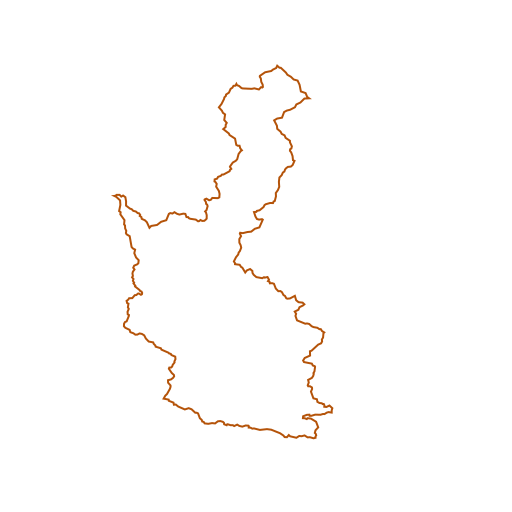 the district of Bolognesi, Áncash, Peru, rotated 124°
{"feature_id": "86281439B24717538266370", "entity_name": "Bolognesi", "entity_type": "district", "adm_level": 2, "iso_a3": "PER", "parent_name": "Peru", "parent_adm1": "Áncash", "projection": "albers", "projection_center": [-77.196, -10.093], "detail": "fine", "context": "isolated", "style": "outline", "palette": "amber", "viewbox_px": 512, "rotation_deg": 124, "n_neighbors": 0, "source": "geoboundaries", "source_scale": "gbopen_adm2", "svg_char_len": 6148}
<svg xmlns="http://www.w3.org/2000/svg" viewBox="0 0 512 512"><g transform="rotate(124 256 256)"><path d="M124.3,368.5L126.3,368.3L127.5,369.8L129.7,369.7L131.6,370.5L135.7,369.8L138.9,371.1L140.2,370.5L142.2,370.9L143.7,370.3L149.3,369.6L153.5,369.9L154.6,365.5L155.8,363.5L155.9,360.8L161.0,358.4L162.0,354.7L164.2,354.5L166.0,353.3L169.1,354.1L169.6,347.0L170.5,345.6L170.4,339.0L174.9,334.5L174.8,332.8L173.8,331.3L175.6,329.2L176.3,326.8L177.4,327.3L181.1,327.5L186.3,325.7L188.4,326.0L191.5,327.5L195.9,327.6L196.6,327.5L197.6,325.2L199.2,325.7L200.5,325.3L206.6,328.5L207.6,329.8L209.3,330.0L211.6,331.7L213.6,331.5L215.6,333.1L217.4,332.1L217.3,331.1L218.2,328.9L220.8,327.8L222.8,323.2L224.9,320.9L227.9,319.2L229.4,320.0L232.3,324.7L234.7,324.9L236.0,326.0L236.2,329.2L237.8,330.2L238.3,330.1L239.2,327.8L240.7,326.5L240.7,325.3L241.7,324.0L245.6,322.7L247.5,323.1L247.9,321.8L249.7,319.7L252.6,317.8L253.9,318.0L255.7,318.5L257.0,320.2L257.2,322.2L258.8,322.6L259.6,323.4L259.5,326.3L261.9,331.3L262.2,332.8L261.7,333.9L262.6,335.4L260.6,338.1L261.5,339.9L264.5,342.7L265.2,345.2L265.3,348.1L267.5,349.0L268.4,351.1L269.8,351.8L276.5,350.4L280.7,353.8L285.6,355.4L289.7,359.7L292.2,360.1L289.0,365.4L288.5,368.1L289.1,371.5L287.8,372.8L287.8,374.8L286.7,375.0L286.0,376.8L286.6,378.1L286.3,380.5L287.2,383.0L286.7,385.3L287.2,386.9L286.9,391.9L283.3,394.3L280.3,397.2L280.2,400.0L282.1,400.9L281.6,403.3L283.3,405.8L284.6,406.1L285.4,407.0L285.1,404.9L285.9,399.8L289.5,397.0L295.3,394.6L295.4,392.7L297.3,391.8L299.8,385.1L303.6,383.0L303.9,381.7L306.3,379.9L307.7,377.6L309.7,376.7L310.4,375.4L310.2,371.8L318.1,364.2L318.6,362.2L318.3,359.8L321.7,358.5L324.3,354.6L325.1,350.9L327.8,349.5L329.3,349.8L332.1,351.6L334.4,351.2L335.1,349.2L337.8,349.3L339.5,348.7L341.4,346.9L343.0,346.8L343.6,344.7L345.4,344.2L346.3,342.1L347.2,342.2L348.2,339.3L348.9,339.2L349.3,333.6L349.8,332.5L349.5,331.0L350.3,329.7L351.5,329.2L352.5,329.7L352.6,332.2L353.1,332.8L355.3,333.4L356.3,334.6L360.1,335.0L362.0,337.6L363.5,337.5L365.6,338.2L367.1,336.4L366.8,335.1L370.2,333.5L371.0,331.9L374.1,331.3L376.1,329.7L376.0,328.3L376.8,327.9L382.5,326.7L384.1,327.7L386.0,327.5L388.1,326.2L388.6,324.2L387.9,319.5L389.4,317.6L388.6,314.4L388.7,312.1L387.6,310.5L385.3,309.2L384.4,307.0L384.3,304.3L386.0,301.2L386.9,297.1L385.1,292.9L386.0,291.7L386.5,289.3L387.3,288.5L385.7,283.3L386.5,282.0L385.1,274.4L385.4,273.6L384.8,271.9L385.4,270.7L384.6,266.7L386.5,265.1L389.0,264.7L389.8,264.0L392.8,264.2L394.5,263.7L395.9,264.0L397.0,265.5L398.2,265.2L400.1,260.4L400.5,257.6L401.5,256.6L403.3,256.6L405.8,257.4L408.2,259.5L410.2,258.0L411.1,254.5L412.2,253.7L414.2,253.1L420.2,252.6L422.5,253.1L425.9,252.8L423.9,248.1L424.8,247.3L423.7,242.4L425.2,240.9L424.0,239.5L424.3,236.3L423.0,229.2L419.8,226.7L419.1,223.7L419.9,218.7L419.1,217.5L418.9,216.0L421.9,211.8L422.2,209.4L423.3,208.0L422.8,206.6L423.5,205.0L421.8,201.7L419.1,199.0L417.7,196.3L414.4,195.2L412.8,193.3L412.0,190.7L412.2,189.3L413.3,188.3L412.7,185.7L411.7,185.8L411.3,185.4L410.5,182.5L409.2,180.6L409.2,179.0L406.3,177.3L406.2,174.8L405.1,171.9L402.3,169.8L400.9,167.4L401.1,166.8L402.3,166.1L401.4,164.6L401.2,162.5L400.1,161.3L398.0,155.5L393.4,150.1L391.5,146.3L389.5,137.0L389.5,132.9L390.1,131.0L388.9,129.0L386.1,128.7L386.4,126.9L384.1,120.9L381.0,119.5L379.9,117.4L377.6,115.4L377.5,111.8L376.1,110.0L374.9,106.3L373.4,105.0L372.5,105.7L371.0,105.8L370.0,107.1L369.8,108.3L367.2,109.2L363.3,108.6L359.8,113.5L360.1,119.6L361.6,122.5L362.8,122.7L363.3,125.0L364.2,126.4L362.5,127.3L359.2,125.0L357.7,123.0L358.5,122.2L357.6,120.8L354.4,118.2L351.6,113.8L349.6,112.2L348.7,110.8L346.2,109.7L344.8,108.5L343.5,105.7L341.7,106.9L339.5,107.6L338.9,111.5L341.8,113.2L342.8,115.1L341.6,115.7L340.8,117.1L341.5,117.9L341.3,119.1L342.4,121.2L342.5,122.8L342.6,123.5L340.7,125.4L341.9,128.8L337.7,134.6L334.9,135.1L333.7,136.1L333.8,138.4L334.8,139.9L334.3,140.8L331.4,141.5L329.6,143.5L325.8,141.5L323.5,141.5L321.4,142.2L321.0,142.9L319.0,143.0L314.8,145.1L314.5,145.7L315.0,147.7L314.0,149.5L317.1,156.9L316.3,158.5L313.3,158.6L308.3,155.5L304.8,158.0L303.5,157.0L294.7,154.9L292.0,153.2L289.9,153.4L288.4,154.7L286.1,154.8L282.3,156.9L281.2,156.7L281.3,159.3L280.4,161.4L281.2,162.5L281.2,165.0L282.8,168.6L283.1,170.6L282.6,173.9L283.4,176.0L284.6,177.3L286.4,186.0L283.6,189.8L281.5,190.4L280.4,192.8L276.9,190.8L274.1,191.3L270.8,189.4L269.0,188.9L268.6,191.3L270.5,194.9L270.2,198.0L267.3,201.5L272.2,204.1L273.9,206.2L274.1,207.3L272.9,209.6L273.0,211.4L271.5,214.2L271.4,216.1L272.7,217.8L271.9,221.4L269.0,225.6L269.5,227.4L270.9,229.2L269.8,230.4L270.1,232.0L268.4,232.0L267.0,234.7L269.1,236.7L269.1,237.5L270.9,238.4L273.3,243.9L272.9,247.4L272.0,249.4L270.4,250.7L270.1,253.6L273.0,255.5L275.7,255.7L273.3,260.8L273.4,262.3L272.4,264.6L274.5,268.8L273.7,269.3L272.9,271.3L268.2,271.9L264.7,271.6L262.8,272.3L261.1,272.1L257.4,272.9L255.6,274.8L254.3,277.2L251.3,279.3L247.9,279.5L246.5,281.9L245.6,282.1L244.4,279.7L240.9,276.5L238.5,273.6L234.1,272.2L230.4,269.2L222.1,270.7L222.1,271.6L224.1,273.8L224.8,275.9L223.6,278.5L220.7,282.2L219.2,280.4L218.1,280.5L216.1,278.6L211.2,277.1L209.1,277.4L207.7,276.9L204.2,274.0L202.6,271.5L201.0,271.9L199.9,271.2L195.4,272.8L192.7,274.8L189.0,274.7L185.7,275.4L181.7,278.5L177.8,280.5L174.7,279.9L171.8,280.4L170.1,279.7L168.0,280.3L166.3,280.1L164.3,279.4L162.4,277.1L160.1,276.5L155.6,277.3L155.9,278.9L152.7,281.6L150.4,284.8L149.8,286.7L148.4,287.4L147.1,286.8L145.0,287.6L142.8,291.4L141.5,292.3L141.5,297.5L140.0,299.8L140.4,303.0L139.2,305.1L138.7,309.5L136.3,311.5L133.4,316.8L130.2,315.3L126.8,311.8L120.9,313.2L118.1,311.7L115.7,309.5L110.9,306.9L107.8,307.3L103.9,305.0L98.4,303.9L95.6,300.2L95.5,302.5L93.2,306.0L94.5,310.8L89.7,315.6L87.3,319.6L88.6,323.5L87.9,327.3L88.2,331.3L87.2,333.8L86.1,340.7L86.8,341.8L86.4,344.8L88.9,344.4L92.0,346.2L94.1,346.8L98.6,351.2L104.5,353.5L105.3,353.1L106.1,351.3L108.7,349.0L110.2,346.3L112.0,344.8L112.8,345.0L113.2,346.2L116.3,346.7L117.9,351.1L119.8,353.0L124.5,360.7L124.9,361.9L124.5,365.1L125.0,367.3L124.3,368.5Z" fill="none" stroke="#b45309" stroke-width="2"/></g></svg>